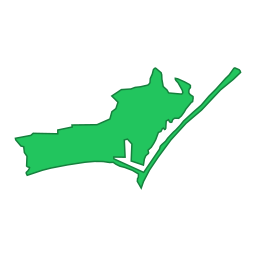 the district of Carteret, North Carolina, United States of America
{"feature_id": "52423323B7621511423784", "entity_name": "Carteret", "entity_type": "district", "adm_level": 2, "iso_a3": "USA", "parent_name": "United States of America", "parent_adm1": "North Carolina", "projection": "natural_earth1", "projection_center": [-76.554, 34.833], "detail": "fine", "context": "isolated", "style": "filled", "palette": "green", "viewbox_px": 256, "rotation_deg": 0, "n_neighbors": 0, "source": "geoboundaries", "source_scale": "gbopen_adm2", "svg_char_len": 1921}
<svg xmlns="http://www.w3.org/2000/svg" viewBox="0 0 256 256"><path d="M15.7,139.8L20.9,146.0L23.7,146.7L24.4,152.5L27.0,156.3L26.6,166.0L27.2,166.6L27.8,166.9L29.4,167.4L29.6,167.6L29.3,168.5L29.2,168.8L28.0,170.7L26.5,172.1L26.3,172.5L26.2,172.7L26.3,173.5L27.2,175.3L42.5,170.2L50.7,168.1L67.4,164.9L85.1,162.2L94.5,161.4L103.1,161.5L109.7,162.5L113.2,162.3L115.9,164.2L119.9,166.2L124.7,167.4L132.5,170.4L138.5,174.0L138.3,177.7L137.6,178.3L137.3,181.3L141.2,188.1L143.5,181.5L149.5,170.0L158.2,157.1L170.9,139.9L186.1,123.2L201.5,110.1L220.5,89.9L233.3,79.4L240.6,72.4L240.1,70.9L239.1,69.7L234.9,67.9L233.9,68.3L229.2,74.9L225.6,78.4L216.0,89.1L209.0,96.1L201.3,105.1L193.3,112.1L183.6,121.0L179.9,125.6L175.7,130.1L173.6,131.9L171.5,134.1L167.7,138.2L165.6,141.2L161.8,144.6L160.3,146.3L159.5,149.2L143.7,172.4L113.8,158.8L113.8,157.0L125.1,157.2L124.3,139.9L127.5,139.1L131.9,144.0L131.2,161.0L143.4,165.1L144.4,158.9L145.8,155.7L148.4,153.4L148.6,152.8L148.0,150.2L151.3,147.2L153.8,143.3L155.7,139.7L158.4,132.4L160.9,131.5L162.4,128.6L163.5,128.1L164.5,129.5L165.2,129.3L165.8,128.2L165.9,125.9L166.2,121.0L168.5,119.7L169.6,121.9L170.9,122.4L171.8,122.1L172.3,120.7L172.8,119.5L174.6,118.2L178.7,118.3L181.4,115.9L184.2,112.0L185.9,109.0L191.3,102.4L192.6,101.6L193.1,98.2L193.0,96.5L190.0,94.5L188.8,92.7L188.9,90.2L189.3,88.9L189.9,88.3L190.4,87.6L190.4,85.5L189.4,84.5L184.4,81.8L177.7,78.8L175.3,78.3L175.3,79.2L176.0,80.5L178.1,82.8L182.2,90.1L182.9,92.7L181.7,94.1L169.1,93.0L168.5,92.7L167.0,90.0L163.2,86.5L161.9,79.3L161.7,74.8L161.1,72.7L155.6,68.1L154.5,68.4L153.4,69.7L152.3,74.1L150.3,78.5L150.0,82.7L149.1,84.0L147.8,85.1L140.4,86.8L135.1,87.4L130.8,89.0L121.4,89.6L111.8,96.0L118.0,102.2L115.9,108.6L111.9,111.7L109.9,119.0L97.0,124.7L72.0,125.0L72.2,127.0L57.8,130.0L57.8,133.8L37.2,133.4L33.2,133.3L30.8,135.4L15.4,138.3L15.7,139.8Z" fill="#22c55e" stroke="#15803d" stroke-width="1.5"/></svg>